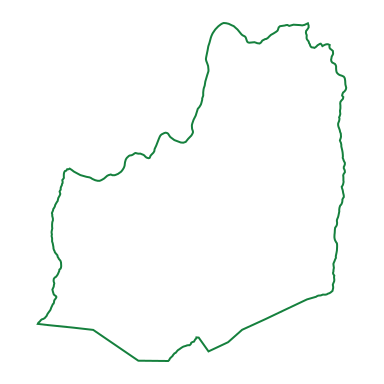 Juazeiro, Bahia, Brazil (Robinson projection)
{"feature_id": "56859067B49115831808668", "entity_name": "Juazeiro", "entity_type": "district", "adm_level": 2, "iso_a3": "BRA", "parent_name": "Brazil", "parent_adm1": "Bahia", "projection": "robinson", "projection_center": [-40.259, -9.513], "detail": "fine", "context": "isolated", "style": "outline", "palette": "green", "viewbox_px": 384, "rotation_deg": 0, "n_neighbors": 0, "source": "geoboundaries", "source_scale": "gbopen_adm2", "svg_char_len": 5864}
<svg xmlns="http://www.w3.org/2000/svg" viewBox="0 0 384 384"><path d="M233.7,26.1L232.0,25.4L228.7,23.8L226.1,23.2L223.7,23.0L222.3,23.5L220.9,24.3L218.3,26.3L215.5,29.2L214.9,30.0L213.6,31.9L212.6,33.4L211.5,35.8L210.8,37.8L209.5,42.7L208.3,46.3L207.6,50.3L206.2,57.1L205.9,59.0L206.2,60.7L207.4,63.9L208.1,66.0L208.5,70.0L208.4,71.4L207.2,75.1L205.3,81.6L204.7,85.6L203.8,88.2L203.5,89.7L203.2,92.5L203.2,95.7L202.2,98.4L202.2,99.8L201.4,102.9L200.9,104.5L199.4,107.0L197.8,108.8L195.7,115.6L193.6,119.7L192.3,123.5L191.9,125.1L191.9,126.4L192.1,128.9L192.8,130.9L193.0,132.1L192.6,133.4L191.4,135.5L188.2,138.8L186.6,140.8L185.7,141.9L184.5,142.3L183.3,142.7L180.8,142.5L174.4,140.1L170.9,137.5L170.0,136.7L168.1,133.7L167.0,133.0L165.7,132.7L164.4,133.0L161.6,134.4L160.6,135.3L159.9,136.4L158.9,138.7L156.2,145.7L155.2,147.8L154.6,149.1L154.3,151.2L153.4,152.7L152.4,153.7L150.6,155.6L150.1,156.9L149.6,157.9L148.6,158.2L147.4,157.9L146.4,157.5L145.0,156.3L144.4,155.5L143.3,154.8L140.3,153.6L138.6,153.7L137.4,153.5L135.6,153.0L134.7,153.3L133.2,154.4L132.4,154.9L131.3,155.3L129.7,155.5L128.8,156.0L126.8,157.9L125.8,159.5L125.0,162.3L124.6,165.7L124.0,167.4L123.5,168.4L122.8,169.5L122.1,170.5L121.1,171.7L118.0,173.9L115.6,174.9L114.6,175.2L112.4,175.2L110.8,174.5L108.6,175.1L107.2,175.8L104.0,178.6L101.4,180.1L99.7,180.8L97.7,180.8L95.2,180.2L92.3,178.9L90.8,177.9L89.6,177.4L86.4,176.8L80.4,175.1L73.9,171.6L71.7,169.9L69.7,168.6L68.5,169.3L67.2,169.2L66.3,170.6L64.9,171.1L64.2,172.3L63.9,173.7L63.8,175.1L63.8,176.6L63.9,177.9L63.2,179.0L62.3,180.1L62.6,181.5L62.6,183.0L62.0,184.1L61.8,185.4L61.1,186.6L60.7,188.0L60.7,189.7L60.1,190.5L59.6,191.6L60.3,193.9L59.8,195.3L59.3,196.2L58.3,198.0L58.0,199.4L57.6,201.1L56.7,202.3L55.2,205.0L54.8,206.6L54.0,208.0L53.3,209.0L53.0,210.5L51.9,213.1L52.3,214.8L52.2,215.9L52.5,216.9L52.9,218.6L52.9,220.4L52.3,222.1L52.1,224.2L52.1,227.1L52.3,228.2L51.6,231.7L51.6,232.9L51.9,234.3L51.6,236.1L52.1,238.2L52.1,241.5L52.7,243.2L53.4,247.0L53.5,248.6L54.0,250.1L54.6,251.2L54.9,252.3L55.7,253.3L57.4,255.3L57.7,256.9L58.4,257.9L58.8,258.8L60.4,260.7L61.0,262.4L61.1,264.2L61.2,266.1L61.0,267.5L60.6,268.6L59.4,269.6L59.2,271.1L57.7,274.5L56.8,275.8L56.0,276.8L54.7,277.6L53.8,278.9L53.6,280.4L53.7,281.6L54.3,283.3L53.9,285.1L53.7,286.7L52.4,289.6L53.0,292.0L53.8,294.5L55.0,295.5L55.9,296.1L56.4,297.0L56.0,298.0L55.4,298.9L54.7,299.7L54.2,300.7L54.0,302.2L53.6,303.6L52.8,304.2L52.2,305.6L51.2,307.7L50.8,308.9L50.2,310.3L49.4,311.3L47.6,313.8L46.5,316.1L45.8,316.8L44.8,318.0L43.4,318.9L42.0,319.3L40.9,320.1L39.8,321.5L38.4,322.7L37.8,323.9L47.2,325.0L72.9,327.6L93.2,329.9L138.3,360.7L168.2,361.0L169.2,360.0L170.0,358.4L172.7,355.8L173.2,354.8L173.9,354.1L174.5,353.3L175.6,352.9L177.4,350.7L178.5,349.7L179.4,349.3L180.2,348.6L182.3,347.2L183.4,346.6L185.8,345.9L187.0,345.4L188.2,345.2L189.6,345.2L190.7,344.2L191.3,342.7L192.6,342.0L194.0,341.6L195.2,339.4L196.2,338.5L196.4,337.4L198.7,337.6L208.5,351.4L216.2,347.8L228.1,342.2L242.1,329.8L265.7,319.0L282.9,310.8L307.0,299.4L316.0,296.8L317.1,296.1L318.3,295.6L319.8,295.5L320.8,295.4L322.9,294.6L325.2,294.7L326.7,294.4L328.1,293.6L329.4,293.2L330.7,292.4L332.5,290.9L332.9,289.1L333.2,287.9L333.1,286.3L332.8,284.8L333.3,283.3L333.8,282.2L334.2,281.1L334.3,279.9L334.0,277.0L334.3,275.6L333.4,274.3L333.0,273.0L333.4,271.6L333.5,269.8L333.9,267.8L333.6,265.9L333.4,263.9L333.9,262.5L334.5,261.2L335.1,259.5L335.9,257.9L335.8,256.2L336.5,252.8L336.9,250.6L337.0,248.8L337.1,246.9L337.1,244.8L336.9,243.3L336.2,242.3L335.5,241.1L334.9,239.8L334.6,238.6L334.4,237.2L334.5,234.6L334.7,233.0L334.9,229.4L335.2,227.6L336.2,226.3L336.7,225.3L337.0,224.2L337.1,222.7L336.9,221.2L336.9,220.1L337.4,218.6L338.0,217.3L338.4,215.8L339.0,212.9L339.3,211.3L339.2,210.0L339.4,208.3L339.6,207.3L340.2,205.6L341.2,204.6L341.7,203.6L342.2,202.2L342.4,200.8L342.4,199.5L343.1,198.1L343.8,197.1L343.8,195.9L343.6,194.6L343.2,193.1L342.7,190.2L342.1,188.4L341.7,186.8L342.6,185.5L343.1,184.2L343.6,181.9L343.4,180.4L343.4,177.3L343.2,175.4L343.5,174.3L344.9,172.2L344.8,170.7L344.5,169.7L343.8,168.4L343.8,166.9L344.3,165.9L344.8,164.6L344.9,162.9L343.7,160.6L343.3,159.2L342.7,157.9L342.9,156.5L342.8,154.5L342.6,152.4L342.2,150.2L341.3,146.4L341.3,144.7L340.9,142.8L340.4,141.8L339.9,140.4L340.6,138.4L341.0,136.8L340.9,135.2L340.8,133.6L340.1,131.9L339.8,130.3L339.1,128.3L338.5,126.8L338.2,125.5L338.1,123.9L338.4,122.7L339.0,121.3L339.3,120.1L339.5,118.7L339.1,117.4L339.8,115.8L340.3,114.0L340.1,112.3L340.0,110.7L340.4,108.4L340.4,106.7L340.4,105.3L340.2,103.7L340.4,102.0L341.4,100.5L342.2,99.7L343.0,98.7L343.3,97.0L342.6,96.3L342.1,95.4L342.5,93.9L343.1,92.5L344.4,91.5L345.5,90.1L346.0,88.9L346.2,87.7L345.8,86.1L345.4,84.5L345.3,83.1L345.2,80.9L344.8,78.4L344.3,77.4L343.7,76.6L341.8,75.7L339.9,75.1L338.6,74.4L337.3,73.2L336.6,72.1L336.3,70.8L336.1,68.8L336.1,66.3L335.7,65.1L334.9,63.9L332.2,62.5L331.4,61.3L331.1,59.7L331.5,57.9L331.7,56.6L332.7,54.8L333.1,53.8L332.9,51.0L332.0,50.2L331.2,49.5L330.3,48.9L329.6,47.9L329.4,46.5L329.7,45.0L328.1,44.3L327.0,44.2L325.6,44.5L324.2,45.1L322.4,46.1L321.6,44.7L320.7,43.7L319.8,43.9L318.7,44.6L317.5,45.3L316.6,46.3L315.4,47.3L314.3,47.9L313.4,47.5L311.9,47.4L310.8,46.7L310.2,45.6L309.8,44.2L309.1,43.2L308.6,41.4L307.6,40.2L306.9,39.2L306.6,38.2L306.6,37.1L306.7,35.1L306.1,33.7L305.9,32.4L306.2,30.8L307.1,29.8L307.9,28.6L308.6,27.5L308.6,25.6L307.9,23.3L304.5,24.9L302.2,25.4L300.0,25.1L293.5,24.7L289.2,25.9L287.4,25.0L286.1,25.1L284.8,25.5L280.0,26.2L278.7,27.4L277.9,29.9L277.4,30.8L276.1,31.8L273.6,33.4L270.9,34.9L268.9,36.8L268.0,37.8L266.4,38.9L265.1,39.1L262.3,40.6L261.0,42.5L259.6,43.5L257.3,43.2L256.0,42.7L254.4,42.2L249.4,42.7L248.3,42.5L247.5,42.0L246.9,41.0L245.7,37.4L244.8,36.4L242.6,35.3L241.5,34.4L237.5,29.5L236.0,28.2L233.7,26.1Z" fill="none" stroke="#15803d" stroke-width="2"/></svg>